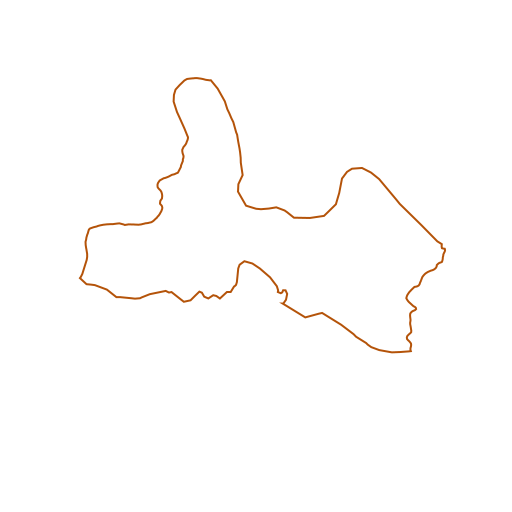 At Tawilah, Al Mahwit, Yemen (orthographic projection), rotated 316°
{"feature_id": "15242507B28032401565886", "entity_name": "At Tawilah", "entity_type": "district", "adm_level": 2, "iso_a3": "YEM", "parent_name": "Yemen", "parent_adm1": "Al Mahwit", "projection": "orthographic", "projection_center": [43.765, 15.463], "detail": "fine", "context": "isolated", "style": "outline", "palette": "amber", "viewbox_px": 512, "rotation_deg": 316, "n_neighbors": 0, "source": "geoboundaries", "source_scale": "gbopen_adm2", "svg_char_len": 4664}
<svg xmlns="http://www.w3.org/2000/svg" viewBox="0 0 512 512"><g transform="rotate(316 256 256)"><path d="M397.9,376.5L396.6,371.4L396.6,371.2L396.4,348.6L395.6,318.4L396.1,312.7L396.8,302.9L398.0,286.2L396.7,275.9L393.4,266.3L385.7,259.9L380.0,258.7L375.5,259.4L373.9,259.7L373.7,259.7L373.1,259.8L371.7,260.0L365.7,264.2L359.6,268.5L352.7,272.4L349.4,274.3L348.4,274.3L337.8,274.4L332.8,274.4L321.2,266.1L309.9,254.8L308.8,246.2L308.2,243.1L304.4,235.1L298.2,230.8L292.1,225.8L288.9,222.1L283.8,212.9L287.1,199.8L287.8,197.1L288.3,196.7L293.2,192.1L302.6,188.5L309.9,178.3L313.2,174.7L316.7,170.2L318.9,167.1L322.5,161.6L323.6,160.0L326.7,155.6L327.6,153.3L332.7,143.9L334.0,139.8L336.0,134.6L337.3,130.6L341.0,123.1L344.7,109.0L345.6,98.2L344.9,97.6L344.7,97.5L343.9,96.4L342.9,95.2L342.1,94.1L341.4,92.9L340.6,91.6L339.4,89.9L338.5,88.8L337.6,87.6L336.6,86.5L335.6,85.6L334.4,84.7L334.0,84.3L333.2,83.7L332.1,82.8L330.9,81.9L329.7,81.0L329.2,80.7L326.4,80.0L319.8,80.0L313.7,80.4L308.9,83.1L304.0,87.7L299.2,97.5L296.8,104.3L293.0,114.8L290.2,121.7L289.6,123.3L288.6,124.2L287.3,125.0L286.6,125.3L285.8,125.6L284.5,126.3L283.1,126.8L281.3,127.1L279.7,127.2L278.4,127.7L276.7,128.4L275.7,129.5L274.6,131.1L274.0,132.4L273.3,133.8L271.9,135.0L270.6,135.6L269.3,136.9L267.0,137.9L265.0,138.8L263.7,139.8L261.9,140.4L258.4,141.6L257.5,141.8L256.2,141.2L254.1,140.5L251.9,139.2L250.5,138.8L249.0,138.4L247.8,138.0L246.1,137.3L244.8,136.7L243.5,135.9L242.2,135.6L241.2,135.3L239.2,134.8L237.6,135.1L236.3,135.4L234.9,136.1L233.9,137.1L233.1,138.1L232.8,139.5L232.8,141.1L232.8,142.6L232.5,144.0L231.9,145.3L231.1,146.6L230.2,147.7L228.3,149.3L227.8,149.4L225.6,149.8L223.9,151.1L223.3,151.7L223.2,152.1L223.2,153.4L223.1,154.5L222.4,155.9L221.3,156.9L219.8,157.6L219.7,157.7L218.5,158.2L217.4,158.4L216.5,158.8L215.5,159.0L214.1,159.3L212.6,159.3L211.3,159.6L209.8,159.5L208.3,159.5L206.8,159.5L205.4,159.3L204.3,159.0L204.0,158.9L202.7,158.1L202.4,157.9L201.3,157.3L200.2,156.5L199.2,155.7L197.9,155.0L196.8,154.3L195.5,153.6L194.4,152.8L194.3,152.7L193.2,151.9L192.1,150.7L190.8,149.4L190.4,148.9L189.8,148.2L188.6,147.1L187.5,145.9L186.4,144.8L185.1,143.9L183.7,142.9L183.2,142.6L182.7,141.4L180.4,137.6L178.5,136.1L175.8,134.1L175.2,133.7L173.9,132.4L170.8,129.7L168.2,127.7L167.8,127.4L165.0,125.6L163.0,124.5L161.9,124.1L159.2,122.5L155.7,120.9L154.2,120.9L152.7,121.7L150.9,122.8L149.3,123.5L147.4,124.6L147.0,124.8L145.2,126.2L143.2,127.4L141.1,129.8L139.4,132.2L138.7,133.3L136.0,137.2L133.9,139.4L131.5,141.2L118.5,148.3L115.3,149.4L114.0,149.6L114.5,158.5L114.8,158.9L116.7,161.1L117.3,161.8L119.7,164.8L120.0,165.3L125.4,176.6L127.0,188.6L129.6,191.1L137.0,199.8L139.3,202.6L143.2,205.8L145.1,206.4L153.1,209.7L166.8,218.4L168.0,221.8L170.2,223.3L170.2,223.5L171.7,234.6L172.3,238.8L178.1,242.4L184.7,242.3L190.5,242.3L191.6,244.8L190.5,249.3L192.2,253.4L198.0,254.5L199.7,257.2L200.5,261.5L210.1,261.7L212.8,264.3L219.0,262.7L219.8,262.9L221.6,262.9L224.1,261.5L229.3,257.1L234.6,252.6L237.7,251.1L238.2,250.9L244.0,251.7L248.2,258.9L250.1,267.7L251.3,281.1L250.0,292.2L248.1,296.0L246.7,297.1L248.0,300.0L249.6,300.4L251.7,299.5L253.4,301.2L252.1,304.9L247.2,308.3L242.6,309.2L242.2,308.8L248.8,334.4L261.2,341.2L264.0,342.9L269.5,364.6L271.9,380.0L271.9,383.6L274.8,395.2L274.8,397.3L275.6,401.6L279.3,409.3L286.8,419.7L293.2,425.4L299.7,430.8L301.3,432.0L301.9,430.8L303.1,429.6L304.5,428.8L305.9,427.7L306.0,427.5L306.7,426.6L306.9,425.2L307.0,423.7L306.9,422.2L307.0,420.6L307.9,419.4L309.1,418.7L310.5,418.6L311.8,418.6L313.3,418.7L314.7,418.6L315.9,417.5L316.7,416.3L317.8,414.8L318.6,413.6L319.5,412.2L320.5,411.1L321.6,410.3L322.7,409.4L323.7,408.1L324.6,406.9L325.8,405.5L327.1,404.5L328.6,404.3L330.2,404.4L331.5,404.9L332.9,405.4L333.9,405.4L334.3,405.4L335.0,404.2L334.9,402.9L334.4,401.5L334.3,400.1L334.2,398.3L334.1,396.7L334.0,395.3L334.1,393.9L334.3,392.6L334.8,390.8L335.2,390.5L336.8,389.6L338.1,389.1L339.6,388.8L340.4,388.6L340.9,388.5L342.4,388.4L343.2,388.4L343.9,388.3L345.4,388.3L347.2,388.3L348.5,388.3L349.8,389.2L351.1,389.9L352.4,390.2L352.6,390.2L353.9,390.0L355.4,389.2L356.9,388.6L357.7,388.3L357.7,388.6L357.9,388.2L358.4,387.9L359.7,387.3L361.0,386.7L362.8,386.4L364.2,386.3L365.7,386.3L367.3,386.6L368.3,386.8L368.6,386.9L370.0,387.4L371.4,387.9L372.7,388.6L374.1,389.2L375.7,389.5L375.9,389.5L377.2,389.5L378.7,389.0L379.4,388.4L379.8,388.1L381.6,388.1L383.1,388.3L384.4,389.0L385.7,389.4L387.0,388.7L388.2,387.9L389.5,386.7L390.7,386.0L391.9,385.0L393.4,384.4L394.9,383.9L396.1,383.1L396.8,381.9L395.9,380.8L395.2,379.6L395.9,378.4L396.9,377.4L397.9,376.5Z" fill="none" stroke="#b45309" stroke-width="2"/></g></svg>